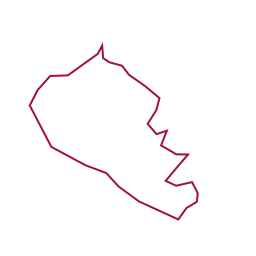 Angor, Surkhandarya, Uzbekistan (Mercator projection), rotated 31°
{"feature_id": "79887680B78109356235747", "entity_name": "Angor", "entity_type": "district", "adm_level": 2, "iso_a3": "UZB", "parent_name": "Uzbekistan", "parent_adm1": "Surkhandarya", "projection": "mercator", "projection_center": [67.302, 37.452], "detail": "fine", "context": "isolated", "style": "outline", "palette": "rose", "viewbox_px": 256, "rotation_deg": 31, "n_neighbors": 0, "source": "geoboundaries", "source_scale": "gbopen_adm2", "svg_char_len": 542}
<svg xmlns="http://www.w3.org/2000/svg" viewBox="0 0 256 256"><g transform="rotate(31 128 128)"><path d="M218.2,180.5L219.3,166.5L225.0,155.8L221.4,148.0L210.8,141.4L199.0,152.7L187.5,153.9L190.3,136.1L193.1,119.8L182.9,125.7L165.3,125.9L162.7,110.3L155.6,118.6L142.7,114.3L143.1,98.0L139.6,86.2L121.3,83.3L101.4,81.9L90.8,77.7L78.5,81.2L70.8,81.0L63.4,70.7L63.9,80.0L49.3,113.9L34.5,123.5L31.0,142.1L32.2,159.3L72.1,183.7L111.1,181.8L132.6,177.8L150.1,183.0L175.2,185.3L218.2,180.5Z" fill="none" stroke="#9f1239" stroke-width="2"/></g></svg>